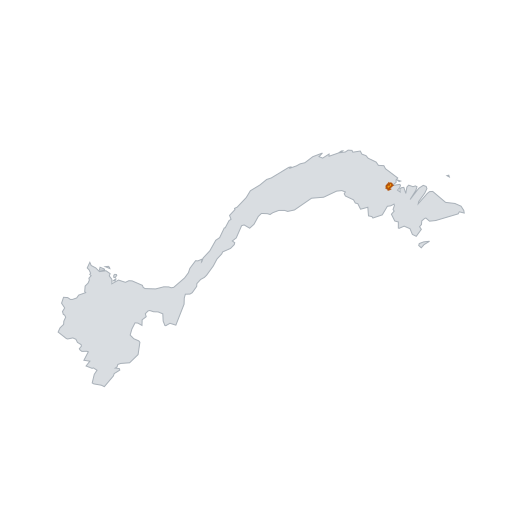 Long Thanh, Đồng Nai, Vietnam shown in context, rotated 252°
{"feature_id": "81297802B3720110239063", "entity_name": "Long Thanh", "entity_type": "district", "adm_level": 2, "iso_a3": "VNM", "parent_name": "Vietnam", "parent_adm1": "Đồng Nai", "projection": "equal_earth", "projection_center": [107.054, 10.757], "detail": "fine", "context": "in_parent", "style": "filled", "palette": "amber", "viewbox_px": 512, "rotation_deg": 252, "n_neighbors": 0, "source": "geoboundaries", "source_scale": "gbopen_adm2", "svg_char_len": 5254}
<svg xmlns="http://www.w3.org/2000/svg" viewBox="0 0 512 512"><g transform="rotate(252 256 256)"><path d="M301.3,96.0L297.9,96.3L294.2,99.9L289.5,102.3L288.3,108.8L284.3,111.8L282.4,110.3L278.4,111.7L274.1,110.3L275.6,117.8L271.3,123.7L271.8,127.5L270.6,130.5L263.2,138.9L261.0,139.0L259.3,140.4L255.7,150.4L255.2,158.7L253.6,163.4L252.0,165.5L251.6,168.0L257.2,181.3L261.0,186.6L264.7,189.3L270.2,197.1L269.3,199.2L269.7,203.6L267.1,202.3L267.4,202.8L270.5,205.2L275.2,213.7L283.4,222.6L284.7,227.1L292.5,234.5L292.3,235.4L298.0,241.3L298.6,243.6L302.8,243.4L306.6,250.3L307.9,250.3L308.3,253.2L314.6,264.8L319.8,270.8L322.3,281.6L325.5,289.8L325.5,294.6L330.2,314.6L329.9,317.3L329.0,314.7L329.2,322.3L330.0,326.4L329.6,331.3L332.9,340.7L333.4,351.0L331.0,346.6L328.5,349.7L330.4,357.0L328.3,356.3L328.5,366.2L329.5,369.7L329.2,371.0L328.2,368.4L327.3,373.1L328.2,376.3L326.8,379.9L324.8,380.2L323.6,387.6L320.1,388.2L317.5,391.6L314.3,392.9L308.2,399.3L304.4,400.4L302.4,405.5L299.0,406.1L286.4,414.9L285.0,412.7L282.7,412.0L280.9,407.2L279.7,414.8L278.7,415.3L276.7,413.9L274.9,410.9L272.3,412.9L275.2,413.5L276.0,415.5L275.6,417.8L269.2,417.8L274.9,420.8L276.2,423.1L273.4,426.7L273.4,429.3L272.1,430.5L268.9,428.2L262.1,420.0L270.1,431.7L271.5,436.9L269.6,439.3L267.3,439.4L263.6,435.9L257.6,427.6L255.5,426.4L262.6,438.3L263.6,440.9L262.8,444.0L248.4,452.9L244.5,461.4L240.0,466.4L235.1,467.7L232.5,467.3L235.2,463.0L233.6,461.3L234.2,437.9L235.5,431.8L239.6,429.3L239.6,428.0L238.2,424.5L234.8,423.1L233.3,420.6L230.3,421.5L225.2,414.5L228.2,411.4L234.4,410.9L238.6,406.1L238.1,400.7L238.6,400.0L244.4,401.9L246.4,398.8L253.9,397.7L256.0,401.3L257.9,400.7L261.3,403.3L262.7,403.3L262.1,399.6L262.7,396.3L256.1,388.8L256.0,378.9L257.7,378.4L259.4,375.4L267.8,377.4L268.2,369.9L274.3,369.0L275.7,366.8L279.3,366.1L285.4,359.6L287.9,359.1L289.3,360.8L291.7,357.8L292.8,352.7L291.0,338.5L293.8,326.7L287.9,306.8L288.6,299.9L290.4,297.5L292.3,291.7L292.0,285.4L291.1,282.2L292.7,280.0L294.8,274.3L292.9,270.4L286.8,263.9L284.4,258.6L289.2,254.3L289.3,251.7L279.3,242.8L277.6,238.1L275.2,239.9L273.5,238.8L271.1,234.2L270.2,225.5L268.6,224.1L265.2,218.0L259.7,212.3L253.0,203.1L251.6,200.3L250.8,196.1L248.0,191.2L245.4,190.2L240.8,184.0L240.2,181.4L241.5,177.0L238.2,174.8L232.4,172.7L215.0,158.4L218.6,153.4L217.6,148.7L218.0,147.9L222.8,147.6L229.8,149.5L233.1,145.6L234.6,141.4L237.0,138.1L237.1,136.3L235.3,132.9L232.2,132.8L230.5,128.0L225.2,126.1L228.7,122.9L229.8,120.3L224.9,115.4L219.7,111.9L215.1,114.2L211.5,118.3L209.8,118.9L198.7,113.4L193.5,102.8L195.6,94.2L195.6,91.1L193.5,89.6L192.9,87.5L191.2,91.2L189.6,91.2L188.0,84.8L186.0,83.3L178.6,71.4L180.9,69.0L184.5,62.2L185.9,61.0L193.4,65.6L196.5,69.5L199.8,66.8L199.8,65.4L203.9,60.4L207.3,65.5L210.0,60.1L216.7,66.9L217.7,65.6L219.1,60.9L221.0,59.6L222.4,59.3L224.2,62.1L225.7,62.3L229.0,59.5L232.4,59.0L234.7,56.5L235.3,51.2L236.1,50.1L244.8,44.3L248.2,47.4L250.4,51.9L253.4,53.1L256.6,56.1L259.1,55.7L259.9,54.7L263.0,54.8L265.7,58.0L271.2,56.5L276.2,60.2L274.6,64.1L272.1,66.0L271.4,68.0L271.5,72.5L273.6,75.3L273.8,82.7L275.1,82.1L280.2,84.2L282.1,87.9L284.6,90.1L286.5,90.2L288.2,93.1L289.9,92.2L290.7,93.4L294.3,93.0L296.8,91.8L301.3,96.0ZM217.4,415.1L217.6,419.9L216.4,425.6L214.9,419.4L212.7,415.7L215.7,414.0L217.4,415.1ZM293.5,104.2L290.5,107.7L289.3,107.7L290.9,102.7L293.5,104.2ZM281.5,117.5L280.6,117.6L278.9,115.3L279.8,114.1L281.7,114.9L282.2,116.0L281.5,117.5ZM291.8,112.4L290.6,113.1L289.2,113.1L292.4,109.4L291.8,112.4ZM276.5,112.4L277.7,116.1L276.0,114.2L276.5,112.4ZM285.0,413.5L282.6,416.7L282.5,415.2L285.0,413.5ZM273.3,464.3L271.4,464.3L273.4,462.4L273.3,464.3Z" fill="#d9dde1" stroke="#a8b0b8" stroke-width="1"/><path d="M278.0,402.5L278.2,402.8L278.2,403.0L277.9,403.4L277.9,403.5L278.0,403.9L278.1,403.7L278.3,403.6L278.5,403.7L278.6,403.8L278.8,403.9L279.0,403.9L279.4,404.0L279.5,404.0L279.5,404.3L279.8,404.3L279.8,404.5L279.8,404.9L279.9,405.0L280.0,405.2L280.0,405.3L280.2,405.5L280.2,405.8L280.3,405.8L280.3,405.7L280.3,405.8L280.2,405.9L280.3,406.0L280.2,406.3L280.3,406.4L280.4,406.6L280.5,406.6L280.5,406.8L280.6,407.0L280.7,406.9L280.8,406.9L280.8,407.0L281.0,407.2L281.2,407.3L281.1,407.5L281.1,407.8L281.7,407.4L281.8,407.4L282.0,407.3L282.3,407.5L282.5,407.5L282.8,407.5L283.0,407.4L283.0,407.2L283.3,407.0L283.4,406.9L283.5,406.8L283.5,406.7L283.7,406.4L283.8,406.1L283.8,405.9L283.8,405.6L283.8,405.3L284.0,405.4L283.9,405.3L284.0,405.2L283.9,405.2L283.8,404.9L283.7,404.8L283.6,404.7L283.5,404.8L283.4,404.8L283.2,404.8L283.0,404.7L282.9,404.7L282.9,404.4L282.8,404.2L282.7,404.2L282.8,404.1L283.0,404.0L283.3,404.1L283.5,404.1L283.7,403.9L283.7,403.7L283.6,403.4L283.4,403.3L283.4,403.1L283.2,403.1L282.9,403.1L282.7,403.0L282.7,402.9L282.5,402.7L282.4,402.7L282.4,402.4L282.4,402.1L282.5,402.0L282.6,401.9L282.5,401.7L282.4,401.7L282.2,401.7L282.1,401.8L281.9,401.8L281.9,401.7L281.9,401.4L281.7,401.3L281.2,401.2L280.8,401.2L280.7,401.2L280.5,401.5L280.3,401.1L280.1,401.4L279.9,401.4L279.5,401.6L279.4,401.6L279.3,401.8L279.3,402.0L279.2,402.4L279.1,402.5L279.1,402.4L278.9,402.5L278.9,402.4L278.7,402.4L278.7,402.5L278.3,402.3L278.3,402.5L278.3,402.4L278.2,402.4L278.0,402.5Z" fill="#f59e0b" stroke="#b45309" stroke-width="1.5"/></g></svg>